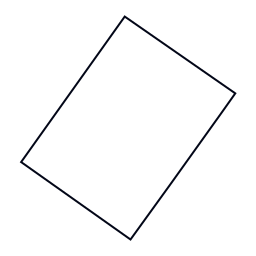 Hamilton, Illinois, United States of America, rotated 215°
{"feature_id": "52423323B64149678111628", "entity_name": "Hamilton", "entity_type": "district", "adm_level": 2, "iso_a3": "USA", "parent_name": "United States of America", "parent_adm1": "Illinois", "projection": "albers", "projection_center": [-88.539, 38.082], "detail": "fine", "context": "isolated", "style": "outline", "palette": "ink", "viewbox_px": 256, "rotation_deg": 215, "n_neighbors": 0, "source": "geoboundaries", "source_scale": "gbopen_adm2", "svg_char_len": 256}
<svg xmlns="http://www.w3.org/2000/svg" viewBox="0 0 256 256"><g transform="rotate(215 128 128)"><path d="M194.6,217.4L194.6,217.1L196.0,38.8L62.0,38.1L61.0,105.7L60.1,195.2L60.0,217.9L194.6,217.4Z" fill="none" stroke="#020617" stroke-width="2"/></g></svg>